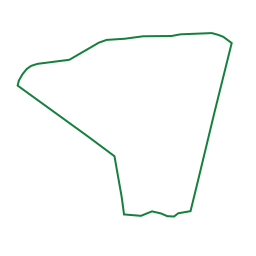 Montanhas, Rio Grande do Norte, Brazil (Mercator projection), rotated 177°
{"feature_id": "56859067B36575114506643", "entity_name": "Montanhas", "entity_type": "district", "adm_level": 2, "iso_a3": "BRA", "parent_name": "Brazil", "parent_adm1": "Rio Grande do Norte", "projection": "mercator", "projection_center": [-35.285, -6.496], "detail": "fine", "context": "isolated", "style": "outline", "palette": "green", "viewbox_px": 256, "rotation_deg": 177, "n_neighbors": 0, "source": "geoboundaries", "source_scale": "gbopen_adm2", "svg_char_len": 548}
<svg xmlns="http://www.w3.org/2000/svg" viewBox="0 0 256 256"><g transform="rotate(177 128 128)"><path d="M236.0,176.1L168.4,121.6L143.0,100.5L138.0,60.1L137.4,53.4L136.5,41.9L119.7,39.6L108.4,43.5L99.4,40.9L93.4,37.9L86.7,37.2L82.3,40.2L69.9,41.7L61.5,69.6L44.4,127.1L41.2,137.9L20.0,207.4L28.1,214.1L33.3,216.4L39.4,218.4L70.7,218.8L79.7,217.6L91.3,218.1L108.1,218.8L126.7,217.3L144.7,217.1L152.8,214.7L183.0,199.2L215.0,196.8L221.5,195.1L226.1,192.2L230.5,187.3L234.5,181.1L236.0,176.1Z" fill="none" stroke="#15803d" stroke-width="2"/></g></svg>